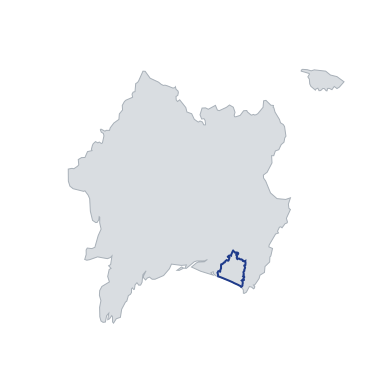 location of Landes within France, rotated 282°
{"feature_id": "FRA-5313", "entity_name": "Landes", "entity_type": "Metropolitan department", "adm_level": 1, "iso_a3": "FRA", "parent_name": "France", "parent_adm1": "", "projection": "equal_earth", "projection_center": [-0.514, 44.01], "detail": "fine", "context": "in_parent", "style": "outline", "palette": "blue", "viewbox_px": 384, "rotation_deg": 282, "n_neighbors": 0, "source": "natural_earth", "source_scale": "10m", "svg_char_len": 5635}
<svg xmlns="http://www.w3.org/2000/svg" viewBox="0 0 384 384"><g transform="rotate(282 192 192)"><path d="M291.5,153.9L289.2,155.0L287.8,157.4L286.3,158.0L283.5,158.0L282.1,156.5L278.8,157.4L277.5,159.0L279.6,160.8L273.3,168.4L269.2,170.4L268.5,175.4L263.6,179.1L261.9,183.0L261.8,183.8L263.1,185.1L262.6,187.7L260.2,189.4L260.3,191.0L261.0,191.2L264.8,189.9L266.2,188.4L265.4,186.3L269.2,183.8L276.2,184.4L277.1,187.8L276.3,190.7L281.6,196.9L277.4,199.8L277.2,201.7L281.9,208.0L284.9,210.6L283.5,214.8L278.9,217.5L275.8,217.3L274.5,218.0L274.7,219.3L277.0,223.2L282.2,225.6L283.1,228.6L281.8,229.6L279.5,234.0L280.7,236.2L280.3,237.1L280.9,238.6L282.3,240.1L289.6,243.9L296.1,243.1L297.0,245.3L293.3,251.1L293.6,253.7L291.6,253.8L291.3,254.6L287.4,256.6L281.1,262.5L278.1,264.2L277.0,267.2L275.3,268.9L266.1,272.3L264.3,271.5L259.8,271.6L256.9,269.4L251.4,268.1L249.5,265.0L244.5,264.4L244.1,262.3L237.1,264.2L227.0,261.4L223.4,258.3L220.5,259.1L218.0,261.8L207.4,269.0L203.2,276.5L204.2,285.2L206.8,289.5L200.2,288.8L196.3,290.1L195.3,291.9L185.9,289.8L182.5,291.6L181.5,291.4L180.3,289.6L175.7,287.5L176.4,286.1L175.7,284.8L171.4,283.8L169.9,285.1L168.3,282.5L156.2,278.5L154.3,278.6L153.5,282.5L145.8,282.4L144.6,281.7L139.7,282.5L134.3,278.9L128.4,279.6L124.8,275.8L121.3,275.6L116.3,273.6L114.1,272.6L113.8,271.5L112.3,273.2L110.5,272.8L110.1,272.3L111.3,270.2L111.5,267.8L105.3,266.0L103.7,264.2L103.7,263.3L107.0,262.5L110.0,259.1L112.9,247.0L115.0,232.7L116.6,230.0L118.5,229.3L116.9,227.3L115.1,229.9L116.3,216.9L118.5,207.1L123.6,211.1L124.8,212.8L126.3,218.6L129.2,221.1L127.3,218.7L125.5,211.0L124.3,208.8L116.2,202.4L115.9,200.9L119.5,201.7L118.0,196.9L117.2,186.9L112.3,185.9L104.4,181.6L99.0,174.0L98.4,171.1L99.9,168.1L98.6,166.2L96.3,164.9L98.1,162.3L99.8,162.0L105.4,163.5L100.8,161.1L93.3,161.9L90.3,161.1L89.8,159.3L91.8,157.0L89.3,155.6L85.0,155.9L84.5,155.3L85.8,153.6L84.7,153.0L81.2,153.7L79.2,153.1L77.4,151.3L71.7,150.9L70.5,149.8L62.7,147.6L54.5,148.0L52.3,144.3L47.4,142.5L48.4,141.3L53.4,140.2L54.4,139.2L50.8,137.7L49.6,136.1L56.2,135.8L53.3,134.2L46.8,134.3L46.0,132.1L46.9,129.8L50.7,127.8L60.0,125.6L66.8,125.5L71.7,122.9L76.4,122.2L80.9,123.5L86.9,129.9L91.8,127.1L99.0,127.1L100.5,128.7L102.5,125.8L104.1,127.5L112.9,127.0L110.9,125.8L109.2,123.1L108.9,113.1L104.5,105.9L103.4,103.3L103.7,101.1L108.9,101.5L113.3,100.5L115.4,101.2L115.8,105.8L117.7,108.5L129.8,109.3L136.8,110.8L142.7,108.1L148.2,107.0L148.6,106.3L145.4,106.6L142.5,105.5L142.1,104.2L143.6,100.6L152.0,96.6L164.2,93.3L167.4,91.0L170.9,87.0L170.1,85.9L170.5,75.0L172.3,71.4L176.9,68.8L188.7,66.2L190.2,69.7L190.2,71.6L193.4,74.7L195.0,75.6L200.1,74.0L202.7,76.8L203.5,80.1L209.8,81.4L211.7,85.6L212.8,84.7L216.8,84.9L218.6,85.3L221.2,87.1L220.5,89.7L221.6,90.9L220.6,93.2L221.4,94.2L228.6,94.2L230.8,93.2L231.7,90.8L233.8,89.4L234.6,89.9L233.4,94.2L234.5,95.3L235.1,98.5L237.8,98.7L243.2,101.2L247.8,105.4L253.3,104.7L257.8,107.0L262.2,105.8L266.5,107.1L268.1,108.3L272.3,114.2L275.3,113.0L277.5,113.7L278.3,115.4L286.3,114.4L287.9,116.0L289.6,116.7L300.0,118.9L300.3,121.1L294.6,127.4L292.5,136.4L290.9,139.5L290.3,141.9L290.9,143.4L290.7,145.9L289.7,151.8L290.5,153.5L291.5,153.9ZM335.6,279.4L335.3,283.4L336.9,286.2L338.0,297.6L335.2,303.1L335.0,309.8L331.4,317.8L325.2,314.3L323.3,312.3L324.8,309.2L321.2,307.6L321.9,304.6L321.5,303.2L319.0,303.0L318.9,302.2L320.6,300.0L320.5,298.5L318.0,296.8L317.5,295.2L319.7,293.5L318.6,291.9L317.3,291.5L320.1,286.3L322.2,284.7L326.8,283.3L328.7,281.4L331.8,282.4L332.3,281.9L332.9,273.7L334.0,273.6L335.0,274.7L335.6,279.4ZM116.5,197.4L115.8,199.7L112.7,195.8L112.3,193.6L116.5,197.4Z" fill="#d9dde1" stroke="#a8b0b8" stroke-width="1"/><path d="M109.4,259.8L109.6,259.5L110.2,258.7L110.3,257.9L110.8,256.3L111.7,252.0L112.2,250.4L112.9,247.0L114.3,239.5L114.9,235.8L114.9,235.1L117.1,234.4L118.3,233.7L120.0,234.2L120.2,234.7L119.9,236.0L120.2,236.1L120.6,236.1L121.6,235.9L123.3,236.3L126.5,235.6L127.3,235.6L127.6,236.0L127.7,236.6L128.0,236.9L129.6,237.8L129.7,238.0L129.8,238.4L129.8,238.5L130.1,238.7L131.5,239.1L132.4,239.9L132.6,240.1L132.3,241.2L132.4,241.8L132.7,242.0L135.5,242.3L135.8,241.9L135.9,240.7L136.2,240.5L137.5,241.5L137.7,242.0L137.8,242.5L137.8,243.5L138.8,243.4L142.8,244.2L143.2,244.4L142.5,245.4L142.0,246.5L141.6,246.9L142.2,248.4L142.0,248.7L142.1,249.4L142.0,249.6L141.9,249.8L141.7,249.9L141.5,250.0L140.8,249.9L140.7,249.9L140.4,249.8L140.3,249.7L140.2,249.5L140.2,249.4L140.3,249.2L140.5,248.9L140.5,248.6L140.4,248.5L140.2,248.4L139.9,248.3L139.7,248.3L139.0,248.8L138.6,249.2L138.4,249.4L138.1,249.5L137.7,249.5L137.0,249.4L136.8,249.5L136.0,250.0L135.9,250.2L135.8,250.4L136.0,250.6L136.3,250.9L136.4,251.0L136.5,251.4L136.6,251.5L136.7,251.9L136.5,252.3L136.3,252.7L136.2,252.9L136.2,253.2L136.2,253.6L136.2,253.8L136.2,254.0L136.4,254.3L136.4,254.5L136.0,255.5L135.9,255.7L135.8,255.8L135.5,255.8L135.3,255.9L135.2,256.0L135.3,256.2L135.4,256.3L135.4,256.6L135.3,256.9L135.0,257.2L135.0,257.4L135.0,257.5L135.3,257.7L135.3,257.9L135.4,258.2L135.4,258.3L135.6,258.5L135.0,258.6L133.8,259.1L131.6,259.4L131.2,259.2L131.2,258.9L131.3,258.7L131.0,258.4L130.8,258.4L129.2,259.6L128.9,259.7L126.7,259.3L126.0,259.5L125.8,259.6L124.9,259.1L124.5,259.0L124.1,259.0L122.8,259.6L122.0,259.6L121.7,259.6L121.5,259.9L121.1,259.8L120.3,259.6L120.3,260.2L120.1,260.5L119.9,260.7L119.5,260.8L119.2,260.7L118.3,260.2L117.8,260.5L117.3,260.9L116.8,261.1L116.4,260.7L116.6,259.8L116.4,259.5L115.8,259.1L115.7,259.4L115.0,260.0L114.1,260.4L113.5,260.6L112.1,260.6L111.4,260.7L110.9,260.8L110.3,260.6L109.4,259.8Z" fill="none" stroke="#1e3a8a" stroke-width="2"/></g></svg>